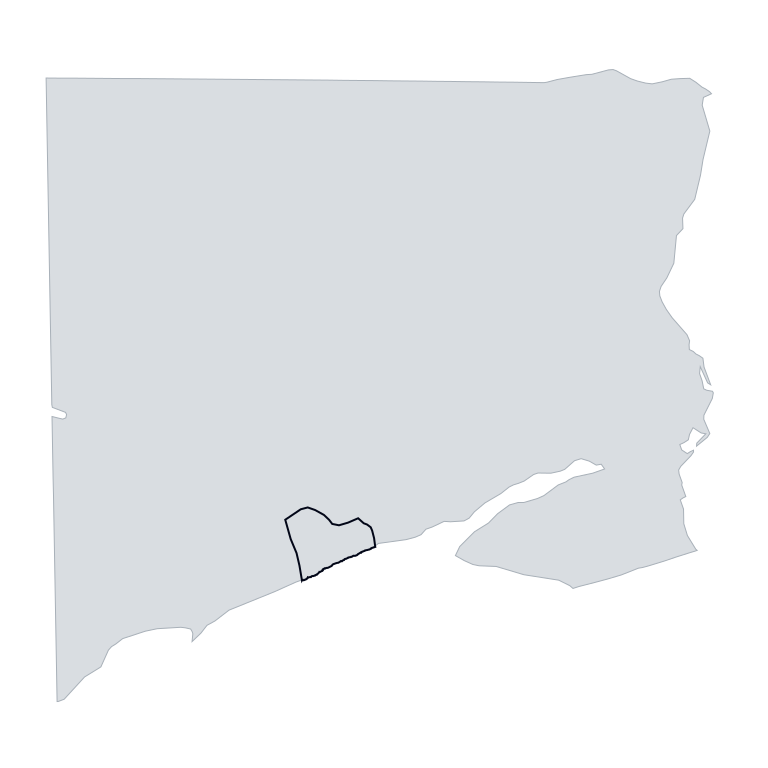 location of Qusir, Al Bahr al Ahmar, Egypt, rotated 89°
{"feature_id": "37247803B34734253794751", "entity_name": "Qusir", "entity_type": "district", "adm_level": 2, "iso_a3": "EGY", "parent_name": "Egypt", "parent_adm1": "Al Bahr al Ahmar", "projection": "equal_earth", "projection_center": [34.284, 25.954], "detail": "fine", "context": "in_parent", "style": "outline", "palette": "ink", "viewbox_px": 768, "rotation_deg": 89, "n_neighbors": 0, "source": "geoboundaries", "source_scale": "gbopen_adm2", "svg_char_len": 6072}
<svg xmlns="http://www.w3.org/2000/svg" viewBox="0 0 768 768"><g transform="rotate(89 384 384)"><path d="M695.8,716.4L678.6,716.4L661.4,716.4L644.2,716.4L627.0,716.4L609.8,716.4L592.5,716.4L575.3,716.4L558.1,716.4L540.9,716.4L523.7,716.4L506.5,716.4L489.3,716.4L472.1,716.5L454.9,716.5L437.7,716.5L420.5,716.5L410.7,716.5L412.4,710.2L413.5,705.8L412.3,702.7L409.0,701.9L406.8,702.9L401.6,716.0L398.9,716.5L392.7,716.5L372.7,716.5L352.7,716.5L332.7,716.5L312.6,716.5L292.6,716.5L272.6,716.5L252.5,716.5L232.5,716.5L212.5,716.5L192.4,716.5L172.4,716.5L152.4,716.5L132.3,716.5L112.3,716.5L92.3,716.5L72.2,716.5L72.6,700.7L72.9,684.9L73.3,669.1L73.7,653.4L74.1,637.7L74.4,621.9L74.8,606.2L75.2,590.5L75.6,574.9L76.0,559.2L76.4,543.6L76.8,527.9L77.2,512.3L77.6,496.7L78.0,481.1L78.4,465.6L78.8,450.0L79.2,434.5L79.7,418.9L80.1,403.4L80.5,387.9L81.0,372.5L81.4,357.0L81.8,341.6L82.3,326.2L82.7,310.8L83.2,295.4L83.6,280.0L84.1,264.6L84.5,249.3L85.0,234.0L85.5,218.7L85.1,215.8L82.6,205.5L80.5,192.3L78.2,176.1L78.0,170.8L73.9,154.2L73.6,149.5L74.9,146.1L83.0,132.1L85.5,125.4L87.7,117.2L88.6,110.6L86.7,100.5L84.3,91.4L83.8,82.1L83.7,73.0L87.8,66.8L92.7,60.9L94.6,57.4L97.4,53.4L99.5,51.5L103.0,59.6L110.8,61.0L136.8,53.8L165.1,61.1L180.7,63.9L204.8,70.1L219.2,81.2L223.3,82.6L233.9,82.4L240.7,89.0L268.3,92.1L282.9,99.4L291.2,105.2L296.2,107.0L300.7,106.7L306.7,104.5L314.4,100.4L322.7,94.8L340.0,80.2L346.1,77.7L350.1,78.3L354.9,78.1L356.9,74.2L359.5,71.5L361.1,68.4L363.8,64.7L372.7,63.7L390.5,57.4L388.5,60.4L372.2,67.5L379.1,68.3L386.3,65.9L394.4,64.4L395.9,61.4L397.0,55.7L398.6,54.9L404.2,56.0L420.8,64.7L424.9,64.9L436.7,60.1L439.2,59.1L443.0,61.7L451.6,72.6L448.6,72.3L439.4,63.1L438.5,67.7L433.1,75.8L439.7,79.4L445.1,80.7L447.9,85.2L449.7,89.3L455.1,87.5L458.9,82.0L457.0,78.9L455.6,75.7L457.4,75.7L461.0,78.3L471.5,88.7L475.1,90.9L479.2,90.5L487.8,87.6L490.2,88.1L501.8,84.2L503.1,87.0L505.0,89.8L514.3,86.7L528.9,86.7L540.8,83.3L554.7,75.1L555.8,73.8L556.5,75.8L558.1,81.5L562.4,95.9L566.0,107.1L570.5,122.8L572.0,128.8L572.6,132.9L579.1,150.2L583.0,164.3L585.9,175.9L589.9,192.7L591.7,198.6L588.9,201.7L583.2,212.7L577.1,247.6L568.4,275.0L567.4,292.1L566.0,298.3L561.9,307.0L556.8,315.6L547.8,311.1L533.3,296.1L524.8,281.9L515.7,272.7L507.1,260.6L504.8,251.8L504.9,246.2L501.2,232.6L498.4,226.1L488.0,211.6L485.1,203.9L482.8,200.5L480.5,195.6L476.8,176.8L472.8,164.9L468.0,168.2L468.8,173.2L464.7,180.1L462.1,188.2L464.0,194.8L472.5,204.8L474.2,209.2L476.1,218.7L475.7,231.6L477.1,236.0L483.5,245.6L485.7,251.4L487.1,256.3L489.2,260.7L495.6,269.1L504.7,285.2L513.4,295.9L519.6,301.2L522.3,306.4L522.9,319.9L522.4,326.3L527.9,338.5L529.9,344.6L535.3,349.6L537.7,355.4L540.0,364.7L543.3,392.3L548.0,399.0L562.4,435.4L574.7,458.5L580.6,475.7L589.6,496.7L607.4,542.9L618.0,557.2L622.2,565.2L629.9,571.4L638.2,580.4L630.3,579.5L628.3,580.1L625.6,581.6L624.3,587.0L623.7,591.5L624.7,615.0L627.0,627.0L634.0,649.7L639.2,656.6L641.8,661.0L645.3,664.2L661.9,672.0L671.7,688.5L693.6,709.3L695.7,715.1L695.8,716.4Z" fill="#d9dde1" stroke="#a8b0b8" stroke-width="1"/><path d="M578.7,469.5L578.5,469.4L578.4,469.4L578.4,469.2L578.7,469.3L578.9,469.3L578.9,469.1L578.8,468.5L578.8,467.7L578.6,467.0L578.4,466.5L578.2,466.0L577.9,465.3L577.8,464.9L577.6,464.8L577.5,464.7L577.4,464.7L577.2,464.6L577.0,464.1L576.8,464.0L576.6,463.8L576.5,463.5L576.4,463.3L576.1,463.3L576.2,463.1L576.1,462.8L575.9,462.3L575.9,462.0L575.9,461.7L575.7,461.1L575.7,460.9L575.7,460.7L575.8,460.6L575.8,460.4L575.3,460.1L575.0,459.8L575.0,459.6L574.9,459.2L574.8,458.9L574.7,458.5L574.8,458.2L574.8,457.9L574.7,457.7L574.5,457.2L574.5,456.9L574.4,456.6L574.4,456.4L574.3,456.2L574.0,456.1L573.7,455.5L573.7,455.2L573.6,454.9L573.6,454.7L573.5,454.4L573.0,454.2L572.7,453.7L572.2,453.0L571.8,452.7L571.4,452.4L571.2,452.1L571.1,451.9L571.0,452.0L570.8,451.9L570.9,451.7L570.7,451.0L570.3,450.2L570.0,449.7L569.9,449.2L569.6,449.1L569.4,448.9L569.4,448.6L569.3,448.4L569.1,448.4L568.5,448.6L568.3,448.4L568.2,448.2L568.0,447.8L567.8,447.7L567.7,447.4L567.6,447.1L567.5,446.6L567.4,446.4L567.2,446.3L567.1,446.2L567.2,445.9L567.3,445.8L567.2,445.5L566.9,444.8L566.9,444.4L566.8,444.1L566.9,443.8L566.8,443.4L566.7,443.0L566.2,442.0L566.1,441.7L565.9,441.3L565.8,441.2L565.6,440.9L565.4,440.4L565.2,439.8L564.9,439.4L564.5,439.1L564.2,438.9L563.8,438.7L563.6,438.4L563.3,437.9L563.1,437.5L563.0,437.0L562.8,436.5L562.6,435.8L562.4,435.3L562.3,434.7L562.1,434.2L562.0,433.8L562.0,433.5L562.0,433.1L561.9,432.7L561.6,432.2L561.4,431.8L561.2,431.5L560.9,431.0L560.5,430.6L560.4,430.4L560.3,430.2L560.3,429.9L560.5,429.8L560.5,429.4L560.5,429.1L560.3,428.9L560.0,428.7L559.8,428.5L559.7,428.2L559.5,427.8L559.4,427.3L559.2,426.9L558.8,426.8L558.6,426.6L558.4,426.4L558.3,426.1L558.2,425.9L558.1,425.5L558.1,425.1L558.0,424.7L557.8,424.3L557.4,423.5L557.2,423.3L557.2,423.0L557.1,422.9L556.9,422.8L556.8,422.6L556.8,422.2L556.7,421.8L556.6,421.3L556.5,420.2L556.2,420.0L556.1,419.6L556.2,419.4L556.1,419.0L555.8,418.5L555.5,418.1L555.3,417.9L555.2,417.6L555.2,417.3L555.2,416.9L555.3,416.3L555.3,415.9L555.2,415.5L555.0,415.0L554.8,414.4L554.7,414.1L554.5,413.8L554.3,413.5L554.2,413.4L553.9,413.3L553.7,413.1L553.6,412.8L553.4,412.4L553.1,412.0L553.0,411.7L552.7,411.4L552.6,411.2L552.4,410.7L552.3,410.3L552.1,410.2L552.2,409.7L551.9,409.6L551.7,409.6L551.6,409.4L551.6,409.2L551.3,408.8L551.1,408.1L551.0,407.9L550.9,407.5L550.7,406.9L550.5,406.4L550.3,406.3L550.2,406.2L550.0,405.3L549.8,404.7L549.8,404.1L549.7,403.6L549.6,403.1L549.4,402.7L549.3,402.3L549.3,401.9L549.2,401.4L548.9,400.8L548.6,400.3L548.4,400.2L548.5,399.9L548.4,399.7L548.1,399.4L547.9,399.1L547.7,399.0L547.6,398.8L547.5,398.3L547.4,397.9L547.3,397.3L547.2,397.2L547.2,396.9L547.0,396.6L546.7,395.9L546.7,395.6L538.0,396.6L530.4,398.4L527.0,399.8L524.2,403.4L522.9,406.7L517.8,412.2L518.0,412.7L522.0,422.4L524.4,431.2L524.5,431.5L524.4,431.8L523.0,438.2L518.8,441.3L513.9,446.3L508.8,455.1L506.1,462.4L507.8,469.4L518.0,485.1L537.4,480.0L551.5,474.4L564.1,471.7L578.7,469.5Z" fill="none" stroke="#020617" stroke-width="2"/></g></svg>